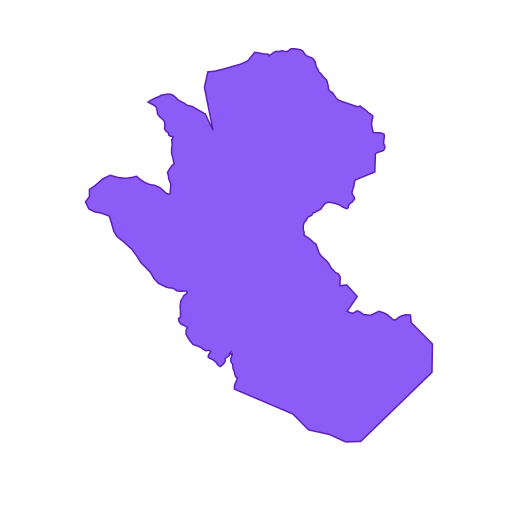 San Martín Itunyoso, Oaxaca, Mexico (orthographic projection), rotated 260°
{"feature_id": "50627088B87808414718325", "entity_name": "San Martín Itunyoso", "entity_type": "district", "adm_level": 2, "iso_a3": "MEX", "parent_name": "Mexico", "parent_adm1": "Oaxaca", "projection": "orthographic", "projection_center": [-97.847, 17.222], "detail": "fine", "context": "isolated", "style": "filled", "palette": "violet", "viewbox_px": 512, "rotation_deg": 260, "n_neighbors": 0, "source": "geoboundaries", "source_scale": "gbopen_adm2", "svg_char_len": 4712}
<svg xmlns="http://www.w3.org/2000/svg" viewBox="0 0 512 512"><g transform="rotate(260 256 256)"><path d="M404.6,230.7L414.4,219.1L415.3,216.8L416.7,213.9L418.9,212.0L420.8,209.3L423.7,205.9L425.3,205.1L428.7,202.3L430.3,199.5L430.9,196.5L430.7,193.4L430.9,190.4L429.9,188.3L429.6,186.7L428.9,183.7L427.4,178.9L426.3,176.4L424.9,178.2L421.8,182.1L419.5,183.8L416.0,183.8L413.0,183.7L409.8,185.3L408.0,186.9L404.4,189.3L400.6,188.9L397.1,188.0L394.7,188.9L392.8,191.0L390.2,191.1L389.1,192.2L387.8,195.0L386.3,194.4L385.4,193.2L383.6,193.0L379.9,192.8L377.7,191.9L375.3,191.3L372.0,190.7L366.5,191.2L361.0,191.3L359.7,189.0L356.3,185.6L353.6,183.3L350.5,183.7L347.1,183.5L341.7,184.6L337.4,183.6L334.3,182.6L332.7,182.6L331.8,180.9L333.4,178.4L336.7,175.9L340.0,173.3L343.1,168.7L344.6,164.5L345.8,162.1L347.8,159.2L350.8,156.0L352.4,154.5L355.3,152.1L355.1,149.3L354.9,148.4L355.1,141.4L357.2,133.9L360.8,126.5L358.6,118.4L353.1,109.5L350.5,103.5L343.4,102.3L339.0,97.5L331.5,99.5L329.3,102.3L327.5,104.7L325.0,111.3L320.8,118.4L313.5,119.4L305.0,120.3L299.0,122.7L292.8,128.3L286.3,133.2L284.0,135.1L281.1,136.4L279.1,137.4L276.9,138.5L273.1,140.0L269.2,141.6L266.1,143.8L262.6,146.3L258.0,149.3L251.6,151.6L245.8,155.3L245.0,156.6L243.0,159.4L241.2,161.8L239.8,164.7L238.9,168.0L237.5,170.2L235.7,171.5L235.0,173.2L234.2,176.6L233.9,179.9L233.2,181.7L231.3,181.6L230.6,180.1L229.8,178.3L227.5,176.6L225.1,174.3L220.1,172.6L215.5,172.1L208.9,171.0L207.9,168.8L206.1,168.8L204.1,169.1L201.5,170.8L200.2,173.1L197.7,175.9L194.3,174.1L190.9,173.5L184.6,175.9L179.8,178.7L178.4,181.1L176.8,184.0L174.9,186.4L171.5,189.7L171.3,193.3L169.8,195.0L168.7,193.9L167.2,192.3L164.8,191.3L163.4,192.5L161.6,195.3L158.3,198.2L155.5,199.4L153.3,201.5L153.8,202.6L154.8,204.3L156.3,206.2L157.8,207.5L159.0,207.6L159.9,207.5L161.0,208.8L162.1,211.5L162.8,212.4L164.0,212.9L164.6,213.1L164.9,213.3L165.2,213.6L165.3,213.8L165.7,214.3L165.1,214.1L164.3,214.0L163.8,214.0L163.6,214.1L163.4,214.4L163.5,214.7L163.7,215.1L164.0,215.6L163.8,215.6L163.3,215.6L163.0,215.5L162.6,215.2L162.1,214.9L161.7,214.7L160.8,214.1L160.2,213.8L159.6,213.5L159.0,213.4L158.7,213.3L158.4,213.2L157.5,213.1L156.8,213.1L156.2,213.0L155.5,213.1L154.9,213.4L153.6,214.4L152.7,214.1L152.2,214.1L151.6,214.0L148.5,213.9L146.4,214.6L143.9,214.5L140.3,215.1L139.2,216.7L136.3,214.9L133.4,213.0L131.2,212.0L128.6,211.7L93.9,265.0L75.6,277.6L67.6,297.1L57.3,312.0L55.2,326.9L110.9,409.1L134.6,413.7L138.7,414.5L153.3,404.3L156.2,402.3L163.4,397.3L163.7,397.3L171.0,397.9L171.4,396.9L171.7,395.1L172.1,392.5L171.8,389.1L170.9,386.1L169.5,383.7L168.9,381.9L169.2,380.2L172.7,377.4L175.4,375.2L177.8,372.0L180.2,367.5L177.7,358.5L179.7,351.6L182.5,349.1L184.5,346.1L183.6,344.0L182.9,341.2L183.8,339.0L185.7,336.1L198.5,348.7L211.8,340.3L212.1,333.5L220.7,335.3L224.2,334.0L225.7,331.6L226.9,330.7L228.6,329.7L231.4,327.8L236.1,326.3L239.2,324.5L242.7,321.7L245.8,319.5L248.4,318.6L257.2,317.2L258.7,315.5L261.6,313.3L264.7,310.7L266.7,308.5L268.2,307.0L271.1,307.5L273.9,307.1L278.1,308.0L280.6,309.2L281.6,310.6L282.2,311.5L285.2,313.8L286.4,317.8L288.4,319.7L289.2,323.1L290.3,326.0L291.0,328.0L293.9,330.9L295.8,333.4L296.4,336.4L295.1,340.6L293.6,344.0L291.3,347.8L289.4,349.6L288.2,351.4L287.2,352.7L286.9,354.3L287.9,355.4L289.9,356.0L291.5,357.9L292.6,360.3L294.0,361.8L295.1,363.0L297.1,362.9L299.5,361.7L301.8,361.5L305.3,363.1L307.1,364.3L310.1,365.2L312.0,365.8L313.8,367.4L318.1,387.6L335.8,391.3L336.6,392.7L337.2,395.9L337.3,397.7L337.9,399.9L339.2,401.2L341.3,402.0L343.1,401.5L345.5,401.3L348.0,402.1L351.7,403.2L353.6,403.3L354.8,401.9L355.9,399.0L356.7,395.3L356.9,393.0L361.6,392.6L366.9,392.7L367.5,393.2L368.6,393.7L369.6,393.8L370.5,394.2L371.8,394.9L373.0,395.3L373.8,395.2L374.7,394.5L376.1,393.3L377.0,392.1L378.3,391.1L380.1,389.8L381.4,388.5L382.5,387.7L384.2,385.7L385.5,385.0L385.5,381.6L393.8,366.5L395.5,364.0L397.8,362.2L400.6,361.0L403.6,359.7L406.0,356.9L408.3,356.5L411.3,356.6L413.8,356.4L416.7,356.2L419.6,354.4L422.0,352.6L424.3,351.7L426.1,349.9L428.8,349.5L431.8,348.1L434.6,348.1L437.0,348.0L439.9,346.8L441.2,345.6L444.7,340.1L447.0,338.9L449.5,337.8L451.2,336.0L452.3,333.2L453.5,329.8L454.0,326.5L452.0,322.5L452.5,319.4L453.7,317.6L453.4,314.9L453.8,312.4L454.1,310.7L450.9,303.5L452.7,303.0L453.5,299.1L454.8,295.8L456.6,291.1L456.8,290.1L455.5,288.6L450.6,283.0L449.5,281.4L447.6,274.2L446.9,266.6L445.9,258.3L445.2,247.4L445.4,244.2L445.8,240.6L444.3,240.0L442.2,239.1L439.2,237.9L437.3,237.1L435.8,236.4L433.9,235.7L431.0,234.5L427.4,234.6L426.1,234.6L422.9,234.7L421.5,234.7L419.3,234.7L416.1,234.8L414.9,234.9L413.0,234.9L387.2,235.5L404.6,230.7Z" fill="#8b5cf6" stroke="#5b21b6" stroke-width="1.5"/></g></svg>